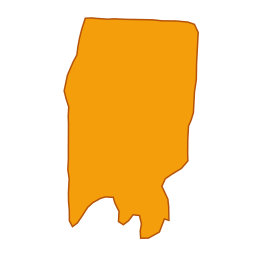 outline of Avgorou, Famagusta, Cyprus, rotated 183°
{"feature_id": "46923920B41547139888237", "entity_name": "Avgorou", "entity_type": "district", "adm_level": 2, "iso_a3": "CYP", "parent_name": "Cyprus", "parent_adm1": "Famagusta", "projection": "equal_earth", "projection_center": [33.844, 35.044], "detail": "fine", "context": "isolated", "style": "filled", "palette": "amber", "viewbox_px": 256, "rotation_deg": 183, "n_neighbors": 0, "source": "geoboundaries", "source_scale": "gbopen_adm2", "svg_char_len": 1029}
<svg xmlns="http://www.w3.org/2000/svg" viewBox="0 0 256 256"><g transform="rotate(183 128 128)"><path d="M178.3,26.6L173.7,30.4L169.1,37.9L164.1,46.7L159.1,51.7L151.8,56.3L146.8,58.0L139.1,58.0L137.2,52.5L132.6,44.2L132.6,34.1L127.6,31.2L122.6,35.4L118.4,41.6L111.9,41.2L109.6,32.9L110.4,25.8L109.6,18.6L101.9,19.1L91.2,25.8L86.9,39.1L82.3,37.9L83.3,51.9L84.5,59.1L91.1,71.5L88.1,79.3L82.1,83.9L72.5,90.5L66.5,98.3L67.1,105.5L67.7,119.2L67.7,132.9L65.3,139.5L63.5,146.7L63.5,157.8L63.5,167.6L62.3,180.0L62.9,195.7L62.9,207.5L62.9,214.7L62.9,227.1L67.1,235.0L68.5,235.4L73.7,236.9L73.8,236.9L82.9,237.3L85.2,237.4L99.6,236.8L108.8,237.3L109.2,237.3L121.8,236.9L135.1,236.4L147.4,236.3L153.7,235.6L165.5,235.8L170.0,236.0L176.4,235.4L179.3,224.5L181.1,215.3L182.3,206.2L182.9,198.3L186.5,190.5L191.3,177.4L193.7,161.7L191.3,153.9L188.3,146.0L188.3,136.2L187.7,129.7L186.5,104.8L185.9,93.7L185.9,83.3L184.1,74.1L184.1,60.4L183.5,51.2L182.3,42.7L181.7,32.3L178.3,26.6Z" fill="#f59e0b" stroke="#b45309" stroke-width="1.5"/></g></svg>